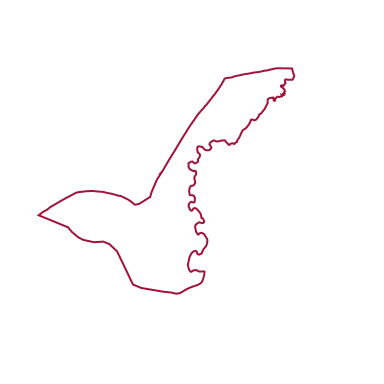 Upper Saloum, Central River, Gambia, rotated 332°
{"feature_id": "56634734B57962636272806", "entity_name": "Upper Saloum", "entity_type": "district", "adm_level": 2, "iso_a3": "GMB", "parent_name": "Gambia", "parent_adm1": "Central River", "projection": "robinson", "projection_center": [-15.147, 13.733], "detail": "fine", "context": "isolated", "style": "outline", "palette": "rose", "viewbox_px": 384, "rotation_deg": 332, "n_neighbors": 0, "source": "geoboundaries", "source_scale": "gbopen_adm2", "svg_char_len": 5096}
<svg xmlns="http://www.w3.org/2000/svg" viewBox="0 0 384 384"><g transform="rotate(332 192 192)"><path d="M96.5,246.2L96.7,246.5L97.9,247.7L101.4,252.0L102.1,252.8L103.9,254.3L116.8,264.2L118.9,265.9L119.1,266.0L119.5,266.3L124.9,270.0L127.4,271.7L128.6,273.0L130.4,274.4L133.4,275.5L134.5,275.6L136.5,275.6L140.6,275.3L145.7,275.5L146.2,275.7L147.0,275.7L153.4,276.7L156.4,276.7L157.9,276.3L159.6,275.3L160.5,274.4L162.2,272.7L163.8,271.1L165.6,268.2L165.3,267.6L161.6,266.0L160.6,265.1L159.0,262.9L156.6,261.9L154.7,262.1L153.5,262.0L153.0,260.3L153.0,258.7L153.6,256.4L154.3,254.0L156.1,252.1L157.0,251.0L159.3,248.3L162.3,246.2L164.0,245.5L165.1,245.2L166.5,245.4L167.2,245.6L168.2,246.7L167.7,249.1L168.7,250.6L169.3,250.6L171.7,250.8L173.0,249.6L175.7,247.7L178.9,246.5L180.1,245.5L181.8,243.6L182.9,241.9L183.3,240.7L182.9,235.2L182.2,233.6L181.4,232.7L181.0,232.4L180.6,232.2L180.0,232.1L179.1,232.2L178.4,232.5L177.7,232.5L177.2,232.2L177.1,231.6L177.1,230.1L176.9,229.1L177.4,227.6L178.1,224.9L178.4,224.2L179.5,222.9L180.1,222.5L184.1,222.1L185.5,223.4L186.4,224.2L187.4,224.6L188.4,224.3L188.9,223.9L189.2,220.7L188.8,220.0L188.2,219.6L188.2,219.1L188.7,217.9L189.3,215.7L189.3,214.6L189.2,213.4L188.4,209.9L188.3,209.3L187.9,208.6L187.7,208.2L187.0,207.7L186.5,207.3L186.0,207.3L185.4,207.4L183.3,208.4L182.5,208.2L182.0,207.1L182.0,206.0L182.1,204.6L182.3,202.9L183.7,201.1L185.7,200.3L186.8,200.3L188.5,202.1L189.6,202.1L190.0,201.4L190.5,200.6L191.8,198.7L191.9,196.5L191.2,195.4L190.8,195.0L188.8,193.9L188.7,193.2L189.6,190.7L190.2,189.3L191.5,187.7L193.5,186.2L194.3,186.2L195.2,186.7L196.7,186.7L198.8,185.8L199.7,184.4L199.8,183.6L199.9,183.3L200.3,181.4L200.9,180.3L201.5,179.7L203.6,178.5L204.3,177.8L205.0,176.1L205.0,175.3L204.0,174.4L203.0,174.2L200.9,171.2L200.6,169.2L200.6,168.8L200.6,168.6L202.4,165.0L203.5,164.9L205.4,164.8L206.7,165.3L207.4,167.3L208.1,168.2L208.9,168.3L211.4,168.1L212.0,167.4L212.7,165.9L213.5,165.5L214.7,164.9L216.5,163.3L216.5,162.9L216.5,161.7L215.7,159.7L216.5,157.1L217.3,155.6L218.0,154.8L219.4,154.8L222.4,157.2L222.9,160.0L223.6,161.2L224.4,162.0L226.3,163.0L228.2,163.0L229.8,162.1L230.0,161.1L230.0,159.4L229.8,158.0L230.8,157.2L232.2,156.7L235.0,156.6L235.8,157.0L237.2,158.7L237.7,159.0L238.5,159.4L239.6,159.9L241.4,160.1L243.2,160.9L243.9,161.2L244.9,161.5L245.3,162.0L245.6,164.2L246.2,165.8L246.3,167.0L246.8,167.7L246.9,167.8L247.1,168.0L247.4,168.0L248.0,167.7L248.7,167.4L251.0,168.2L251.7,169.5L253.5,168.9L255.2,168.9L256.4,167.5L258.7,166.5L259.0,166.3L264.1,162.4L265.8,161.3L266.9,161.2L268.4,161.1L270.2,160.8L270.5,160.6L272.8,159.6L273.1,159.5L275.5,158.1L277.8,156.1L278.1,155.9L279.2,156.3L280.8,158.0L282.7,158.2L283.0,158.1L286.1,156.7L287.0,155.9L287.8,155.1L289.8,155.1L292.8,153.8L295.3,152.7L298.5,150.4L299.7,149.6L300.6,149.0L301.3,147.3L302.6,145.6L305.0,145.6L307.9,146.7L307.5,147.8L307.8,148.5L307.1,149.6L307.6,150.3L308.1,150.3L308.7,149.0L309.3,149.0L309.4,148.3L310.7,148.3L311.4,148.1L312.5,148.1L313.8,149.1L314.0,149.3L316.1,149.5L316.4,148.7L316.7,149.7L317.5,149.4L317.5,148.8L318.6,149.3L318.6,148.8L318.6,148.5L319.5,149.1L320.0,148.8L320.0,148.5L319.0,147.9L320.2,147.2L321.3,146.9L321.5,145.5L321.8,145.1L320.9,142.5L320.4,141.6L320.2,141.2L320.1,140.7L320.4,140.0L321.4,139.9L321.8,140.5L322.5,141.2L323.3,141.0L324.1,140.2L325.1,140.0L325.7,139.8L325.8,138.4L326.6,136.9L327.5,136.5L328.8,137.5L330.0,138.3L331.7,139.0L332.8,139.9L333.7,140.0L334.8,139.3L335.7,138.3L336.4,137.9L336.6,137.8L336.8,137.4L337.4,133.7L338.2,130.0L338.3,130.0L338.3,129.9L324.9,122.5L318.8,120.7L317.5,120.4L315.8,120.1L314.7,119.6L314.4,119.5L311.7,118.5L310.4,118.3L307.7,117.5L305.8,116.8L301.4,115.1L300.9,115.1L298.3,114.3L293.0,112.4L292.7,112.4L283.3,109.7L281.5,109.7L280.1,109.2L278.7,108.7L277.2,108.1L276.4,107.7L275.2,107.4L274.3,107.3L273.7,107.4L273.1,107.9L271.0,109.2L268.3,111.1L267.0,111.6L264.5,113.1L260.4,115.1L258.6,116.1L255.3,117.4L254.1,118.0L249.5,120.1L248.0,120.7L247.4,121.0L245.2,122.0L243.6,122.3L241.9,123.3L240.2,123.8L239.2,124.2L234.9,125.8L231.4,127.4L229.2,128.6L227.1,129.8L225.6,130.3L223.9,131.4L222.1,132.1L221.2,132.8L220.0,133.4L217.4,134.7L215.5,136.0L213.2,137.3L210.5,138.8L205.1,142.0L196.4,147.3L185.7,153.5L176.1,159.5L173.6,160.5L174.0,160.6L170.1,162.8L167.0,164.6L166.6,164.8L158.1,171.6L157.2,172.3L156.5,172.9L152.7,176.7L152.6,176.8L146.8,177.1L145.3,177.3L144.7,177.4L143.5,177.4L139.8,177.7L135.7,176.5L135.4,176.0L133.4,171.2L133.0,170.6L132.6,170.0L132.3,169.1L128.4,163.7L126.9,161.7L125.5,161.0L123.4,158.8L122.0,157.5L119.7,155.4L117.1,153.4L113.7,150.3L107.3,146.2L106.0,145.3L105.4,144.7L100.9,142.6L99.5,141.9L99.3,141.8L91.5,138.8L89.0,138.2L76.8,138.2L69.8,138.4L59.7,138.8L55.9,139.6L51.3,139.6L45.7,140.6L50.9,146.8L65.4,164.3L66.1,165.0L66.3,166.8L66.6,168.2L67.3,171.2L69.2,175.8L70.3,178.6L71.3,180.1L72.1,181.2L73.5,183.2L77.0,186.2L78.9,187.8L81.8,190.3L90.3,194.1L92.8,197.1L94.6,199.2L98.0,209.3L97.8,213.0L97.8,214.8L97.7,216.1L97.4,224.1L97.0,233.2L96.6,241.5L96.5,246.2Z" fill="none" stroke="#9f1239" stroke-width="2"/></g></svg>